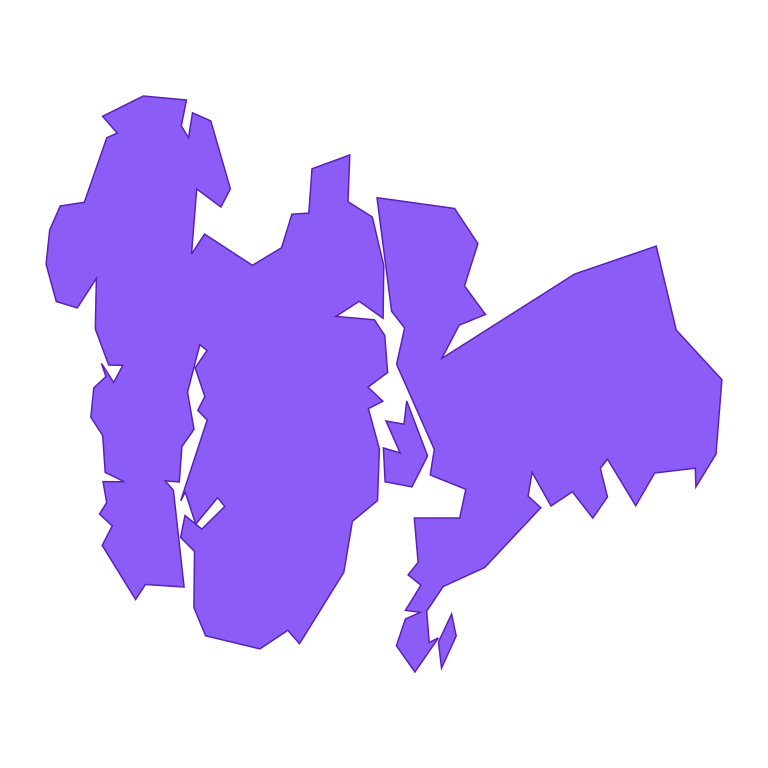 Tysvær nor, Rogaland, Norway (Albers equal-area conic projection)
{"feature_id": "86288312B7818860618631", "entity_name": "Tysvær nor", "entity_type": "district", "adm_level": 2, "iso_a3": "NOR", "parent_name": "Norway", "parent_adm1": "Rogaland", "projection": "albers", "projection_center": [5.664, 59.38], "detail": "medium", "context": "isolated", "style": "filled", "palette": "violet", "viewbox_px": 768, "rotation_deg": 0, "n_neighbors": 0, "source": "geoboundaries", "source_scale": "gbopen_adm2", "svg_char_len": 1922}
<svg xmlns="http://www.w3.org/2000/svg" viewBox="0 0 768 768"><path d="M56.3,301.6L77.3,307.9L96.4,278.3L95.3,328.9L108.7,365.0L122.8,365.4L113.7,382.4L101.5,363.5L105.9,376.6L93.8,387.8L90.8,417.2L102.7,435.5L105.2,472.4L124.4,481.8L103.0,481.6L106.7,502.6L99.5,514.0L112.2,525.9L102.2,545.4L135.6,599.5L145.4,584.5L184.1,587.0L173.4,490.4L165.2,480.8L179.3,482.0L181.9,446.6L194.0,429.3L187.5,392.2L199.8,344.7L207.0,350.5L195.2,367.9L204.8,396.5L197.8,410.4L207.2,420.0L180.7,500.7L185.3,492.2L195.7,524.2L217.6,497.7L224.7,506.5L201.8,529.1L185.0,515.5L180.6,537.4L194.5,551.4L193.9,607.5L205.6,635.8L259.9,648.9L287.8,630.3L299.5,643.7L343.8,572.3L352.4,521.3L377.5,500.6L379.4,449.0L368.4,408.6L382.8,401.2L368.0,387.1L387.6,372.5L384.8,335.6L374.4,319.8L335.9,316.4L359.2,301.3L383.1,318.3L383.8,265.7L372.3,217.0L348.0,201.7L349.8,154.9L312.0,168.8L308.8,213.1L291.9,214.2L281.6,247.7L252.4,265.3L204.5,234.1L191.5,254.2L196.7,188.9L220.9,207.0L230.4,188.9L210.8,121.0L192.5,112.8L188.5,137.8L181.3,125.8L186.5,100.0L143.3,96.0L102.6,116.3L117.2,133.1L106.8,137.7L84.3,202.3L60.3,205.9L49.7,229.9L46.1,264.2L56.3,301.6ZM377.0,197.7L391.6,311.3L404.6,327.9L396.6,364.3L434.3,449.4L430.2,475.0L465.8,489.3L459.7,518.0L414.3,518.0L418.1,562.4L408.1,574.9L420.9,585.2L405.4,610.4L420.4,612.3L405.4,619.0L396.4,645.7L414.9,672.0L438.4,637.9L429.2,642.5L426.7,611.1L443.2,586.5L484.7,567.5L540.8,507.7L528.1,496.1L532.1,472.3L551.0,506.0L572.4,491.8L592.8,518.1L607.5,496.9L600.3,468.3L607.5,459.1L635.7,505.7L654.7,473.0L695.3,468.2L695.9,486.9L716.0,454.1L721.9,379.7L676.2,330.0L656.2,246.1L574.7,274.0L441.8,358.4L459.2,325.1L485.5,314.5L464.5,285.9L477.9,243.6L454.6,208.5L377.0,197.7ZM406.7,401.0L404.0,424.2L386.0,421.0L400.1,452.9L383.4,447.9L385.1,481.8L411.9,486.9L427.6,455.9L406.7,401.0ZM451.6,614.1L438.5,641.9L441.5,668.1L456.2,636.0L451.6,614.1Z" fill="#8b5cf6" stroke="#5b21b6" stroke-width="1.5"/></svg>